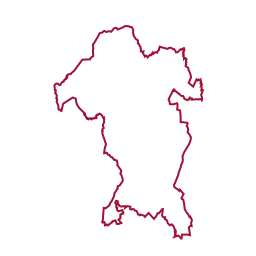 Vietalvas pag., Plavinu, Latvia, rotated 280°
{"feature_id": "27541924B27962464442280", "entity_name": "Vietalvas pag.", "entity_type": "district", "adm_level": 2, "iso_a3": "LVA", "parent_name": "Latvia", "parent_adm1": "Plavinu", "projection": "equal_earth", "projection_center": [25.736, 56.75], "detail": "fine", "context": "isolated", "style": "outline", "palette": "rose", "viewbox_px": 256, "rotation_deg": 280, "n_neighbors": 0, "source": "geoboundaries", "source_scale": "gbopen_adm2", "svg_char_len": 5875}
<svg xmlns="http://www.w3.org/2000/svg" viewBox="0 0 256 256"><g transform="rotate(280 128 128)"><path d="M99.0,108.9L99.4,110.1L99.9,110.5L99.7,111.8L98.3,112.8L98.3,114.5L97.5,115.0L96.6,116.1L96.3,117.0L96.4,117.5L96.0,118.2L94.7,119.2L94.6,119.9L94.3,120.0L94.5,120.5L93.8,122.4L93.9,122.7L91.1,123.9L89.6,123.9L85.0,128.7L83.0,128.8L81.9,128.3L80.0,130.0L76.1,131.9L74.4,131.8L69.8,129.7L69.0,128.0L66.9,128.0L66.7,128.4L61.4,126.0L59.0,126.2L53.3,124.7L50.8,123.4L49.4,123.4L48.2,122.7L45.1,119.9L45.1,118.0L32.4,119.2L30.6,119.0L30.5,119.4L31.2,120.7L30.1,121.3L30.3,121.6L28.1,122.2L28.5,123.4L29.3,124.0L29.1,124.4L29.2,124.8L28.7,125.3L29.7,125.9L30.2,126.7L31.8,127.9L32.2,128.7L33.5,128.9L33.8,130.2L34.2,130.4L34.8,131.2L34.7,131.8L31.6,133.6L31.9,135.5L33.3,137.9L36.0,134.5L37.0,135.3L37.5,136.2L39.8,135.7L40.1,136.0L40.4,135.6L41.6,135.5L42.8,137.6L42.9,138.2L44.1,138.0L44.0,137.5L46.1,136.8L44.3,132.8L45.8,131.3L47.5,131.2L47.5,130.5L47.9,130.2L50.5,129.8L50.6,130.3L51.1,130.3L51.1,129.4L51.8,128.5L53.9,128.7L54.3,129.3L54.0,130.7L53.0,130.8L50.0,132.7L49.7,133.9L49.4,135.4L50.0,136.3L50.5,138.9L48.9,139.0L51.0,141.1L50.9,144.0L48.4,144.2L48.3,145.5L49.0,146.7L49.0,148.0L47.9,149.0L47.9,150.0L47.5,151.2L44.6,152.9L44.9,153.6L44.1,154.7L44.9,155.4L44.5,158.6L44.4,159.1L43.4,160.1L47.9,163.0L43.1,169.3L44.0,169.5L45.0,170.7L49.3,172.0L49.3,173.2L53.9,175.7L54.2,176.4L47.5,176.8L46.2,178.2L46.6,180.1L44.6,180.1L44.2,181.8L43.2,182.7L41.2,183.6L39.8,185.7L39.5,186.3L40.6,187.6L40.6,188.4L38.2,190.6L36.6,191.3L35.8,192.3L34.8,191.9L34.2,192.1L35.0,192.8L34.9,192.9L33.5,193.2L32.4,192.9L31.4,193.0L31.4,193.4L30.8,193.5L30.8,193.0L30.4,193.2L28.9,192.6L30.8,196.3L28.4,199.6L27.7,200.0L32.4,199.7L33.4,205.2L33.3,207.7L40.7,205.2L42.6,206.5L42.5,207.7L45.7,206.6L47.8,207.0L48.7,206.8L51.5,204.7L50.9,204.2L51.1,203.9L53.5,202.3L54.5,200.8L58.0,197.9L62.6,196.6L66.5,195.1L67.2,194.7L67.3,193.7L68.1,192.8L73.7,194.5L72.7,194.2L76.3,189.7L75.1,189.3L75.7,188.7L77.7,184.1L79.7,183.2L80.4,183.2L81.6,183.8L91.5,185.8L92.1,185.5L98.9,186.8L101.0,186.8L103.8,187.6L106.4,187.5L109.5,186.6L113.9,187.5L122.6,190.9L126.5,191.7L129.7,191.6L132.6,189.4L134.0,187.5L137.1,187.6L139.0,186.6L140.1,185.5L142.5,186.0L143.4,185.6L143.3,181.5L142.9,178.9L149.9,177.5L154.3,176.2L154.8,173.1L156.0,173.2L159.8,172.7L160.9,172.1L159.2,168.5L158.8,165.1L162.1,163.9L162.4,163.4L163.4,163.0L173.8,166.1L173.9,167.0L172.3,166.9L172.5,168.8L171.4,170.3L171.1,171.3L170.4,172.2L170.4,172.6L168.9,174.9L169.0,176.9L166.5,178.5L166.0,181.0L165.8,181.2L166.3,182.7L166.8,182.7L167.5,183.5L168.1,183.3L168.5,183.5L168.1,183.8L168.3,184.7L167.7,185.6L167.8,185.8L167.0,185.8L168.4,191.3L168.3,192.7L168.8,193.3L169.3,195.0L168.1,195.9L168.5,196.0L171.2,195.5L172.9,194.4L173.6,194.3L178.0,195.2L177.9,193.8L178.3,194.0L178.2,194.5L178.5,194.5L178.8,194.3L178.9,193.7L181.0,193.4L181.5,192.9L182.2,193.0L182.1,192.8L183.3,193.2L183.5,192.5L184.1,192.6L184.3,192.3L184.7,192.6L185.6,192.2L185.3,191.7L186.8,191.8L187.2,190.8L188.3,190.9L187.8,190.2L187.8,189.6L187.5,189.3L187.9,188.7L187.0,188.2L187.4,187.8L187.4,187.2L187.6,187.0L180.1,185.0L183.0,179.9L188.7,181.3L191.3,180.4L194.1,178.8L195.7,177.5L197.7,176.9L198.9,174.0L200.3,173.9L200.7,174.3L202.0,173.8L202.5,174.2L203.1,174.1L203.3,173.6L205.3,173.4L205.9,173.7L206.3,173.2L205.7,172.8L205.8,172.6L206.8,172.0L206.8,171.3L206.4,171.1L207.2,171.0L207.5,170.4L208.7,170.3L208.8,169.9L209.3,170.2L210.2,170.1L210.4,169.6L210.8,169.6L210.8,169.4L211.4,169.6L212.0,169.1L212.8,169.7L213.6,169.4L214.2,169.9L214.5,169.4L215.4,169.8L216.4,169.2L215.4,167.8L214.4,167.1L214.7,166.1L211.3,163.7L210.8,162.2L212.6,160.9L213.7,159.5L213.4,158.7L214.4,156.8L214.2,154.7L212.8,153.3L213.4,145.9L213.7,145.3L212.2,144.9L210.7,145.0L210.6,144.7L209.7,144.6L209.1,144.1L207.6,143.7L207.9,143.4L207.2,142.6L207.4,141.7L206.3,140.7L206.4,140.4L206.2,140.5L205.9,140.1L205.4,139.9L206.0,139.1L205.4,139.0L205.4,138.6L203.7,138.3L203.6,137.8L203.9,137.6L203.8,136.9L203.3,136.7L202.5,135.8L200.9,135.1L202.2,133.7L202.4,133.1L201.3,132.2L204.1,129.9L206.1,129.9L205.5,128.8L205.7,127.3L207.5,127.2L208.5,126.6L210.1,126.2L211.0,125.1L212.4,124.5L212.9,123.1L216.0,122.6L217.1,120.1L220.4,117.2L221.8,117.1L222.4,116.5L223.1,116.3L224.9,116.3L227.1,115.1L228.1,114.0L227.7,112.4L228.3,111.6L228.0,107.5L226.6,106.1L223.2,100.8L224.5,99.4L224.5,98.2L223.4,96.7L219.9,94.8L220.0,92.5L218.8,89.9L219.5,87.8L219.1,87.2L217.4,86.0L216.8,84.1L216.1,83.4L213.3,82.7L205.0,79.6L204.3,79.0L203.6,79.0L200.3,80.1L199.2,79.8L192.8,81.3L190.5,79.0L189.0,78.7L187.4,71.2L174.9,65.0L172.4,62.9L171.1,62.2L171.1,61.4L170.0,59.2L169.3,58.9L169.0,59.2L168.2,58.9L167.8,59.0L167.8,58.6L167.5,58.7L167.4,59.4L166.8,59.3L166.7,58.9L165.8,58.6L165.9,58.4L165.6,58.4L165.5,58.1L164.9,57.8L164.9,57.4L164.3,57.2L163.9,56.7L162.3,56.5L162.1,55.5L161.7,55.1L158.7,53.8L158.3,53.0L159.5,51.5L159.3,49.6L157.7,48.3L156.5,48.3L152.7,49.4L152.6,50.3L152.3,50.5L149.9,50.1L149.5,50.9L147.6,52.3L146.8,52.1L145.5,52.6L144.6,52.3L144.3,53.0L143.2,53.4L141.4,53.2L137.9,55.5L136.4,55.9L135.2,55.9L134.0,56.8L134.3,58.2L133.3,59.0L133.2,59.4L138.0,59.8L139.5,59.7L140.7,60.0L148.4,68.3L147.8,71.5L143.6,72.9L141.4,74.3L138.8,77.0L135.5,82.0L134.0,82.3L133.5,82.7L134.0,83.2L133.3,83.3L132.3,84.4L131.6,84.5L130.9,85.4L130.2,85.8L130.7,86.4L129.7,87.1L129.6,87.6L130.6,88.2L131.0,89.5L130.1,90.3L130.1,90.6L131.1,90.9L131.0,91.5L131.6,92.0L131.4,92.4L131.5,93.1L131.8,93.6L132.5,93.8L132.3,95.1L132.9,95.2L134.4,94.5L135.1,94.7L135.4,95.0L135.3,95.5L135.5,96.0L136.3,96.1L136.8,97.4L137.2,97.7L136.1,100.0L133.6,102.0L134.3,102.6L134.2,102.7L133.4,102.2L132.1,103.2L131.8,103.0L129.5,103.5L126.9,102.8L125.4,103.1L123.8,104.2L122.3,103.0L120.7,103.0L120.4,103.7L118.7,103.4L108.3,109.1L103.1,108.6L99.0,108.9Z" fill="none" stroke="#9f1239" stroke-width="2"/></g></svg>